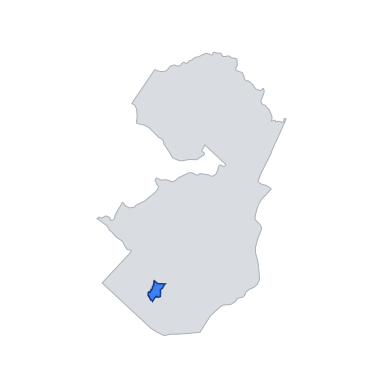 Limulunga, Western, Zambia (highlighted), rotated 313°
{"feature_id": "96606910B48739682467937", "entity_name": "Limulunga", "entity_type": "district", "adm_level": 2, "iso_a3": "ZMB", "parent_name": "Zambia", "parent_adm1": "Western", "projection": "mercator", "projection_center": [23.382, -14.96], "detail": "fine", "context": "in_parent", "style": "filled", "palette": "blue", "viewbox_px": 384, "rotation_deg": 313, "n_neighbors": 0, "source": "geoboundaries", "source_scale": "gbopen_adm2", "svg_char_len": 5707}
<svg xmlns="http://www.w3.org/2000/svg" viewBox="0 0 384 384"><g transform="rotate(313 192 192)"><path d="M248.3,247.9L233.8,248.0L228.5,249.1L224.1,251.0L218.9,253.8L215.9,255.8L215.1,256.9L214.7,259.3L214.7,263.0L214.1,265.7L212.6,268.2L204.7,271.1L199.5,273.6L194.4,276.5L190.6,280.2L188.0,284.8L183.6,290.6L174.5,300.8L169.2,302.7L164.8,302.3L159.5,300.2L155.2,299.7L152.1,301.1L149.2,300.7L146.5,298.5L144.3,297.7L142.5,298.3L140.2,298.2L136.0,297.0L132.3,293.4L130.4,291.9L128.8,291.3L124.5,290.7L114.5,289.9L104.1,291.7L94.9,293.5L85.6,285.4L76.6,276.8L74.7,274.6L71.4,271.8L68.9,270.3L68.0,269.6L65.6,262.0L64.3,255.0L64.2,188.3L105.0,188.3L107.6,188.0L107.7,187.3L105.9,183.7L106.0,182.5L106.5,180.1L108.3,175.3L108.4,173.7L107.5,168.5L107.6,165.6L108.1,159.7L107.8,157.7L108.8,155.1L109.1,153.3L109.5,152.6L109.0,150.6L108.2,143.6L107.7,140.7L110.2,141.1L111.0,142.5L111.4,144.1L112.5,144.2L115.4,145.1L116.4,146.4L117.1,149.2L116.7,150.6L115.8,151.8L116.7,152.8L118.6,153.5L119.8,153.3L123.1,151.4L126.1,150.7L127.6,150.2L134.4,148.9L135.7,148.3L136.6,148.3L137.3,148.8L136.7,150.8L136.5,152.6L137.3,155.9L138.0,157.4L139.4,158.5L140.4,159.1L141.5,160.3L143.9,160.1L149.0,161.8L150.6,162.6L152.8,163.4L154.3,163.7L159.6,164.3L165.2,165.2L168.1,165.3L170.2,165.1L171.7,164.6L172.5,164.0L173.0,163.6L175.1,157.3L176.1,156.8L177.5,156.4L178.4,157.0L179.3,161.0L183.3,164.6L184.7,167.6L185.7,170.2L186.6,170.9L188.2,171.8L190.6,172.1L192.8,172.2L203.8,176.6L205.0,177.4L206.3,179.8L207.1,182.5L208.0,184.6L209.4,185.0L210.7,185.1L211.9,186.6L212.8,187.8L216.1,193.1L216.5,195.1L218.1,196.5L220.2,197.1L222.2,197.2L223.4,196.6L226.2,195.5L228.3,194.3L229.9,193.8L230.9,194.1L231.6,195.0L232.1,197.6L233.6,198.4L234.8,198.1L235.2,197.1L235.2,196.6L235.2,169.3L234.2,169.5L232.9,170.3L230.0,170.4L228.9,171.0L228.6,171.8L228.8,173.0L228.8,174.5L228.4,175.2L227.2,175.5L225.3,174.9L222.0,174.1L219.2,173.7L217.2,171.6L214.5,168.5L212.8,167.0L208.5,163.8L207.8,163.1L206.5,161.6L205.4,159.1L204.3,156.2L203.7,154.3L204.8,151.4L207.3,142.0L207.8,139.1L209.9,136.2L210.1,133.5L209.2,130.1L209.4,128.2L209.7,117.5L209.1,114.1L207.8,110.4L204.7,105.2L204.7,104.1L209.4,100.7L210.8,99.4L213.3,96.7L215.0,94.4L216.0,92.5L216.4,90.0L215.6,87.7L217.2,87.3L256.1,81.3L256.7,82.9L257.8,85.5L259.2,87.5L260.9,89.2L262.3,90.2L263.2,90.5L269.2,90.4L271.4,91.4L273.2,92.8L273.7,94.8L275.0,96.1L276.3,97.1L276.9,97.2L277.8,97.0L279.4,96.9L280.9,97.4L281.6,97.8L281.7,99.5L282.2,100.3L284.2,100.6L286.3,100.7L288.3,101.9L290.4,102.1L292.9,102.6L294.1,103.8L296.7,105.1L300.0,106.2L303.5,108.1L303.6,108.7L304.2,109.8L304.9,110.6L304.9,111.8L305.2,112.9L306.1,113.2L306.9,113.2L307.6,112.5L308.5,112.5L309.6,113.0L309.9,114.2L310.8,115.9L312.1,117.1L313.0,118.2L312.7,120.3L312.1,122.1L313.9,124.0L316.2,125.7L316.9,126.5L317.1,129.1L317.4,130.0L319.0,132.1L319.8,133.6L319.7,134.4L315.5,138.7L312.8,139.4L311.7,140.2L311.0,141.1L312.7,145.4L313.6,147.0L312.9,149.1L311.2,152.5L310.4,152.8L310.2,155.5L310.8,156.4L311.6,157.2L311.9,158.9L311.9,163.3L310.8,168.4L312.7,172.7L313.4,173.2L316.0,173.3L316.5,173.6L315.9,174.9L314.0,176.8L310.6,178.3L305.8,180.0L304.8,181.5L304.1,183.9L304.6,185.2L305.3,186.0L305.1,188.0L304.7,190.1L304.8,191.8L304.6,193.3L303.9,194.0L303.1,196.3L302.1,198.5L301.2,199.5L300.0,200.6L298.1,201.5L298.1,202.0L300.3,203.0L300.9,203.7L301.1,204.2L300.2,205.4L301.2,206.0L302.4,206.6L303.6,208.1L304.9,211.0L305.1,211.2L305.5,211.3L306.2,211.0L307.6,209.8L308.5,209.4L309.7,211.0L289.4,218.0L284.6,219.5L277.5,221.9L275.2,222.9L273.3,223.8L254.4,229.2L251.4,230.3L244.7,233.1L244.5,233.6L244.6,234.9L245.2,237.5L246.4,239.9L247.3,241.3L248.0,244.8L248.3,247.9Z" fill="#d9dde1" stroke="#a8b0b8" stroke-width="1"/><path d="M85.1,237.7L89.8,236.8L90.4,236.8L90.6,237.5L90.8,237.6L91.7,237.4L91.8,237.4L91.9,237.6L91.8,238.9L92.2,239.2L93.5,240.1L93.9,240.1L94.2,240.0L94.8,239.3L95.6,238.8L96.3,238.2L96.5,237.9L97.7,237.0L97.9,236.8L98.2,236.0L98.5,235.7L99.4,235.7L100.4,235.9L102.1,236.0L103.0,235.5L104.2,235.3L105.3,235.0L106.3,235.1L106.5,235.1L101.6,229.4L101.4,224.8L101.2,224.8L101.1,225.0L100.9,225.0L100.7,225.2L100.7,225.3L100.4,225.4L100.4,225.5L100.2,225.5L100.1,225.8L99.9,225.8L99.8,226.0L99.7,226.0L99.4,226.1L99.3,226.3L99.2,226.4L99.2,226.5L98.9,226.6L98.7,226.5L98.4,226.6L98.3,226.8L98.2,226.9L98.2,227.0L97.9,227.1L97.9,227.3L97.9,227.5L97.7,227.6L97.7,227.8L97.4,227.8L97.2,227.8L96.9,227.7L96.7,227.6L96.1,227.8L95.8,227.8L95.7,227.7L95.6,227.8L95.3,228.1L95.2,228.2L95.2,228.3L94.9,228.5L94.7,228.5L94.4,228.8L94.2,228.9L93.9,228.9L93.6,229.0L93.4,229.0L93.1,229.0L93.0,228.9L93.0,229.0L92.9,229.0L92.7,229.1L92.4,229.2L92.5,229.2L92.5,229.3L92.4,229.4L92.2,229.3L92.2,229.2L92.1,229.3L91.9,229.3L91.7,229.4L91.5,229.5L91.4,229.4L91.2,229.3L90.8,229.4L90.7,229.5L90.7,229.4L90.5,229.2L90.4,229.2L90.2,229.1L89.9,229.0L89.8,228.9L89.9,228.7L90.0,228.7L89.9,228.6L89.7,228.6L89.4,228.7L89.2,228.7L89.2,228.8L88.9,228.7L88.9,228.8L88.6,228.7L88.5,228.8L88.4,228.8L88.3,229.0L88.2,229.0L87.9,229.2L87.9,229.3L87.7,229.4L87.7,229.5L87.4,229.7L87.4,229.8L87.2,229.9L87.1,230.0L86.9,230.0L86.7,230.2L86.5,230.3L86.5,230.5L86.8,230.7L86.8,230.8L86.7,230.9L86.7,231.0L86.3,231.1L86.2,231.2L86.2,231.3L86.3,231.5L86.4,231.8L86.1,231.8L86.1,232.0L86.0,232.3L85.9,232.5L85.8,232.8L85.7,233.0L85.7,233.4L85.6,233.5L85.5,233.8L85.6,234.0L85.4,234.3L85.2,234.4L85.2,234.5L85.3,234.6L85.3,234.8L85.3,235.0L85.5,235.2L85.5,235.3L85.4,235.4L85.2,235.4L85.1,235.5L85.4,235.6L85.4,235.9L85.3,236.0L85.5,236.2L85.5,236.3L85.4,236.4L85.4,236.5L85.5,236.6L85.6,236.8L85.5,237.0L85.4,237.0L85.3,237.3L85.2,237.4L85.2,237.5L85.1,237.7Z" fill="#3b82f6" stroke="#1e3a8a" stroke-width="1.5"/></g></svg>